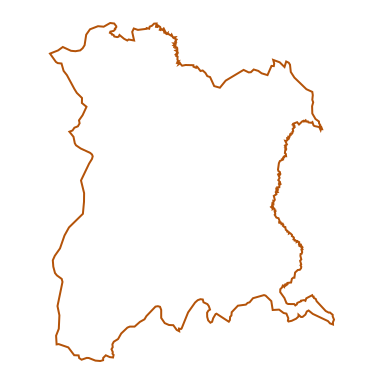 Kantharalak, Si Sa Ket, Thailand
{"feature_id": "78962969B93646658502298", "entity_name": "Kantharalak", "entity_type": "district", "adm_level": 2, "iso_a3": "THA", "parent_name": "Thailand", "parent_adm1": "Si Sa Ket", "projection": "robinson", "projection_center": [104.776, 14.571], "detail": "fine", "context": "isolated", "style": "outline", "palette": "amber", "viewbox_px": 384, "rotation_deg": 0, "n_neighbors": 0, "source": "geoboundaries", "source_scale": "gbopen_adm2", "svg_char_len": 5902}
<svg xmlns="http://www.w3.org/2000/svg" viewBox="0 0 384 384"><path d="M116.3,26.3L114.2,23.5L110.2,23.0L103.7,26.7L98.0,26.2L90.0,29.3L86.2,34.7L84.6,45.2L82.7,48.2L80.2,50.4L75.4,51.2L71.0,50.8L62.8,47.0L58.1,50.4L50.0,53.6L55.9,61.9L57.7,63.1L61.5,63.5L63.6,70.9L66.9,75.1L74.4,89.0L76.8,92.9L82.0,98.0L81.9,103.0L86.5,106.8L82.6,115.2L79.0,120.3L79.6,123.3L77.9,126.3L74.4,127.7L72.5,130.5L69.4,131.7L73.5,136.8L74.8,143.2L76.0,145.3L80.7,148.5L90.2,152.9L92.0,154.5L92.7,156.3L92.0,158.9L89.1,163.6L81.0,180.5L84.1,193.1L84.0,201.8L82.9,213.8L69.0,227.4L64.5,235.5L60.0,248.4L54.8,255.8L52.8,260.3L53.3,266.7L55.0,273.0L56.9,275.4L61.7,278.9L62.5,281.9L57.5,306.1L59.4,315.3L58.8,328.8L56.1,335.7L56.6,344.4L58.7,344.1L68.3,347.4L74.2,355.2L78.6,355.4L79.2,358.1L81.6,359.7L86.7,357.9L88.8,358.0L95.4,360.6L100.3,361.0L103.1,360.2L103.2,357.9L105.8,355.3L109.8,357.1L113.0,357.5L113.6,354.9L112.5,353.7L112.8,352.1L111.5,349.2L112.7,347.2L112.4,344.3L113.8,341.7L118.1,339.0L121.2,333.5L127.4,327.6L129.8,326.6L134.6,326.6L139.9,321.9L144.5,319.3L146.4,316.1L155.5,306.6L157.9,306.2L160.0,306.8L161.2,309.9L161.2,317.9L164.7,323.1L169.0,325.0L173.3,325.2L176.7,329.9L179.2,331.2L179.0,328.6L181.0,329.0L181.6,328.5L188.1,312.4L195.1,302.5L197.7,300.2L200.4,299.2L202.8,299.5L203.5,302.3L207.4,304.1L208.8,306.1L210.0,309.6L208.4,310.6L207.1,312.7L207.2,316.9L208.2,320.4L210.4,322.7L212.1,321.8L213.2,318.2L215.6,314.1L216.5,313.7L228.8,321.7L229.9,320.0L230.1,316.9L231.4,315.5L231.7,312.2L237.9,305.7L245.9,304.6L247.6,302.9L249.6,302.3L253.0,298.2L264.0,295.1L265.6,295.6L271.3,301.1L272.7,310.0L279.1,309.6L283.6,313.0L286.4,313.6L288.3,318.2L287.9,320.8L288.5,321.5L291.7,320.8L296.1,318.7L298.5,316.5L298.5,314.7L301.0,317.0L302.6,316.9L305.4,314.6L306.8,311.5L308.6,310.5L312.8,313.9L328.0,321.1L330.0,323.4L333.0,324.5L332.9,322.3L334.0,319.6L332.7,316.4L332.7,314.8L329.9,312.5L328.7,312.6L325.7,311.0L316.6,301.2L315.7,298.9L314.0,298.1L313.6,296.6L312.8,296.6L312.2,295.2L306.3,298.3L305.4,300.8L304.1,300.1L301.0,300.7L301.0,301.3L297.3,302.9L296.8,304.4L295.3,305.4L294.3,304.1L288.1,304.0L286.5,303.2L284.4,298.0L280.2,292.1L280.3,289.2L282.0,287.5L282.7,285.8L283.9,286.7L283.8,285.7L284.7,286.0L284.9,285.2L285.5,285.7L286.9,284.7L286.4,284.1L287.6,283.8L287.5,282.9L291.1,282.5L291.9,278.8L293.4,277.6L294.4,277.7L295.1,272.5L297.8,270.0L299.8,269.8L301.0,268.3L301.3,266.8L300.5,265.3L301.2,264.4L300.1,260.8L301.3,259.4L300.4,255.9L300.6,254.0L301.6,253.8L302.2,252.1L301.5,249.7L302.4,249.4L301.9,248.5L302.5,247.3L302.0,246.7L301.5,247.1L301.2,245.8L300.7,246.6L299.7,246.0L300.5,245.5L300.2,244.7L299.6,245.2L298.9,244.4L299.2,242.2L298.2,241.6L296.7,242.1L296.9,240.9L294.8,240.6L294.9,240.0L293.5,239.4L294.0,238.0L293.4,237.0L291.9,236.1L292.0,234.9L290.7,233.6L289.8,233.0L288.9,233.5L289.0,232.3L287.2,231.6L287.4,230.8L285.8,229.8L285.3,227.1L284.5,227.2L282.9,225.8L283.4,225.0L282.6,223.6L281.4,224.1L280.8,222.5L279.3,222.8L279.1,222.1L279.9,221.7L278.5,218.2L276.4,217.6L274.7,214.8L275.3,214.0L274.8,212.0L275.5,211.5L275.4,210.5L274.6,210.5L274.5,208.9L273.7,208.1L272.7,208.9L272.8,207.7L272.4,208.2L271.1,207.0L272.0,206.4L272.4,203.3L273.4,203.8L273.3,200.8L274.0,201.0L274.8,199.8L273.8,195.9L276.4,194.3L275.9,192.6L277.7,192.1L277.1,191.3L277.5,190.6L276.6,190.6L277.1,189.9L276.4,190.0L276.3,188.6L277.5,188.7L277.2,187.4L279.3,187.2L279.4,185.0L280.1,184.4L279.4,184.2L280.2,183.2L280.0,182.3L279.3,182.5L279.6,181.6L278.3,180.1L279.6,177.9L278.1,174.4L279.2,173.9L279.5,175.4L280.3,174.1L279.4,173.4L280.0,172.9L279.9,172.1L278.4,171.0L278.0,169.7L278.9,163.2L279.9,161.0L282.7,159.7L282.3,159.2L283.0,159.0L282.8,158.3L283.5,157.1L284.2,157.3L284.5,156.1L286.1,156.2L285.8,153.9L284.9,153.1L285.3,149.8L286.1,149.7L286.2,148.9L285.4,148.4L285.9,147.2L285.1,146.9L285.7,145.8L285.2,145.4L286.9,144.5L285.2,140.8L286.3,141.0L287.3,140.2L287.2,138.2L288.2,138.4L288.1,139.2L288.7,138.9L289.0,138.0L288.3,137.8L288.3,136.7L289.5,136.8L290.2,134.4L290.8,134.7L291.1,133.5L292.1,133.6L292.6,132.6L292.4,131.8L293.2,131.0L292.7,129.0L293.9,127.9L293.7,126.9L294.6,126.9L294.4,125.6L292.9,124.8L293.6,124.3L293.3,123.7L297.1,122.2L299.0,124.5L302.2,121.4L303.5,120.8L304.0,121.5L305.6,120.3L306.2,121.6L307.8,121.4L308.4,122.4L311.4,122.8L312.4,122.1L313.5,125.3L314.3,126.0L319.3,127.1L320.6,130.0L320.8,129.2L322.1,129.2L321.1,126.6L319.9,125.8L320.2,125.0L319.1,123.4L318.9,121.5L315.5,119.0L312.3,113.5L312.1,106.2L313.2,102.3L312.3,99.8L312.8,95.1L312.3,91.9L306.4,89.2L294.4,77.6L290.8,72.0L290.0,64.7L288.7,62.7L286.2,61.5L284.5,67.0L279.7,62.3L273.2,59.9L274.2,63.6L273.8,66.1L271.5,65.9L267.5,75.1L261.6,73.3L258.3,70.9L253.7,69.5L250.9,72.2L248.7,72.4L243.6,69.9L225.7,80.6L219.9,87.7L214.2,86.1L210.1,77.1L207.3,76.1L205.4,72.9L202.7,70.5L200.5,71.0L197.1,66.7L196.5,66.5L196.0,67.8L193.5,66.7L193.4,65.2L185.5,65.0L182.1,65.7L180.0,63.4L178.8,64.2L179.4,62.9L178.1,63.0L178.7,61.6L177.4,62.2L178.0,60.6L177.4,59.4L177.6,56.6L176.3,56.1L176.4,55.1L175.7,54.7L176.4,54.1L177.0,54.7L177.3,53.9L176.8,53.4L177.7,52.8L177.0,52.0L177.3,51.4L175.7,50.5L177.3,49.8L177.2,48.0L176.7,47.4L175.4,47.8L175.4,46.1L174.3,46.6L174.5,45.3L173.8,45.2L174.8,44.3L173.8,43.4L175.7,43.4L175.3,42.0L176.0,41.9L175.6,40.8L176.6,39.5L174.4,38.4L175.4,37.2L172.9,37.4L171.6,34.6L171.0,35.6L168.0,33.7L167.3,34.7L167.6,33.2L166.6,34.0L165.5,33.2L165.8,32.4L165.0,31.3L164.2,32.1L163.9,31.1L164.7,30.5L163.7,28.5L162.4,29.8L161.4,29.1L160.7,30.1L159.8,29.8L160.5,28.2L160.2,27.0L157.9,25.4L157.5,27.0L156.0,26.8L156.6,23.5L154.1,23.6L151.9,25.8L149.7,26.6L149.2,28.7L146.7,28.1L146.6,28.8L137.9,29.9L133.8,28.5L132.2,31.9L134.1,40.5L128.6,39.5L127.3,40.5L124.1,38.8L119.5,35.0L118.6,36.7L117.2,37.1L114.3,36.5L113.5,34.9L112.0,34.6L111.9,33.9L109.9,32.8L110.4,31.6L113.6,30.9L115.2,29.3L114.9,28.6L116.2,27.4L116.3,26.3Z" fill="none" stroke="#b45309" stroke-width="2"/></svg>